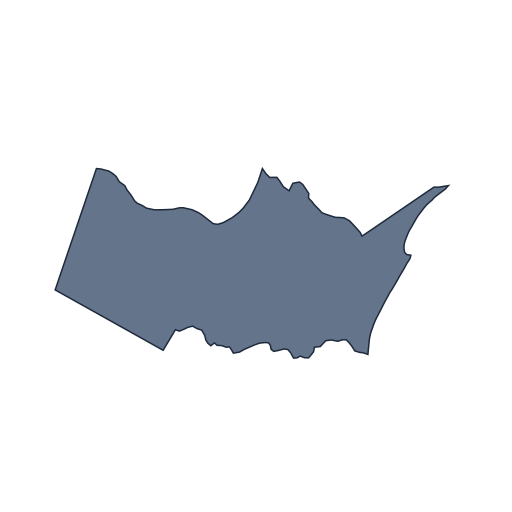 Parnaíba, Piauí, Brazil, rotated 77°
{"feature_id": "56859067B40128359128951", "entity_name": "Parnaíba", "entity_type": "district", "adm_level": 2, "iso_a3": "BRA", "parent_name": "Brazil", "parent_adm1": "Piauí", "projection": "orthographic", "projection_center": [-41.745, -2.939], "detail": "fine", "context": "isolated", "style": "filled", "palette": "slate", "viewbox_px": 512, "rotation_deg": 77, "n_neighbors": 0, "source": "geoboundaries", "source_scale": "gbopen_adm2", "svg_char_len": 2074}
<svg xmlns="http://www.w3.org/2000/svg" viewBox="0 0 512 512"><g transform="rotate(77 256 256)"><path d="M134.9,391.8L208.3,437.3L234.1,453.3L243.9,459.3L307.1,389.6L327.0,367.7L309.7,351.1L312.0,347.5L311.0,342.1L310.2,338.4L310.1,333.5L313.5,329.8L316.0,325.6L321.9,323.8L326.6,323.8L330.2,322.5L333.3,320.2L331.3,316.0L334.2,314.2L335.6,309.6L338.2,305.5L338.6,302.3L342.2,300.9L345.6,299.9L345.9,293.5L344.4,288.6L343.5,283.8L342.4,278.0L341.7,272.2L342.4,266.4L343.5,263.2L346.5,262.1L350.3,262.3L352.9,260.2L353.1,256.3L352.9,249.6L354.2,246.1L358.1,244.0L363.9,242.4L364.5,238.6L363.4,235.6L366.0,231.7L367.1,227.7L364.9,224.7L362.2,221.4L358.0,219.6L358.7,213.7L354.2,207.1L354.8,201.4L357.5,195.5L357.1,190.5L358.0,186.9L361.6,184.7L365.3,183.0L370.7,181.1L373.2,176.8L374.4,173.4L377.1,169.1L373.7,168.0L368.7,166.3L362.2,164.1L357.2,161.8L352.3,158.7L349.2,156.8L345.3,154.0L341.9,151.2L336.8,146.8L332.8,143.5L329.6,140.8L325.4,137.0L321.7,133.8L318.7,130.6L316.1,128.2L313.0,125.2L307.6,120.3L302.0,114.9L297.1,110.6L293.4,106.7L290.1,104.9L288.5,108.8L285.7,110.4L281.7,110.1L278.2,109.1L275.2,107.6L271.9,105.4L268.9,103.3L266.3,101.4L262.1,97.4L258.4,94.0L255.8,91.6L252.8,88.6L250.4,85.6L247.4,82.1L244.8,78.6L242.7,75.0L241.2,72.0L239.0,68.9L237.1,64.8L235.2,60.6L233.6,56.9L230.7,52.7L230.0,62.7L228.9,67.1L260.5,148.2L256.7,149.1L253.5,150.8L248.1,153.8L242.7,157.0L238.7,161.5L237.4,165.5L236.2,169.9L234.6,172.7L230.9,178.8L228.7,182.0L224.3,184.5L219.1,187.7L215.7,189.2L211.4,191.8L206.9,190.5L196.7,194.4L193.7,197.0L193.4,203.7L199.9,209.1L194.6,213.8L189.4,215.6L184.1,217.9L182.5,224.9L178.3,227.7L172.2,230.1L184.6,237.6L200.0,249.9L204.2,255.0L206.3,257.5L209.5,262.4L211.9,267.5L213.4,270.9L216.1,280.4L216.5,286.2L214.9,290.4L203.7,299.5L200.4,302.8L196.5,307.9L192.6,316.0L191.8,319.8L191.8,326.7L189.7,337.7L188.1,344.7L184.7,352.0L181.3,355.4L177.8,359.9L174.9,361.9L168.7,364.0L162.4,366.9L158.0,368.0L152.8,372.5L147.0,374.4L143.4,377.1L140.2,380.2L136.3,387.6L134.9,391.8Z" fill="#64748b" stroke="#1e293b" stroke-width="1.5"/></g></svg>